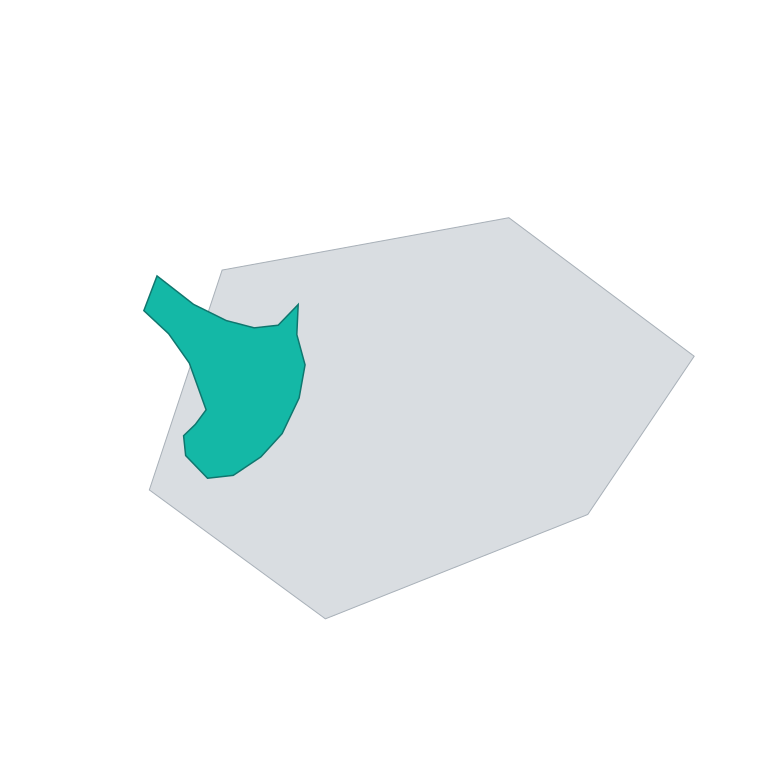 San Marino on a map of San Marino (Mercator projection), rotated 46°
{"feature_id": "SMR-4884", "entity_name": "San Marino", "entity_type": "state/province", "adm_level": 1, "iso_a3": "SMR", "parent_name": "San Marino", "parent_adm1": "", "projection": "mercator", "projection_center": [12.418, 43.922], "detail": "fine", "context": "in_parent", "style": "filled", "palette": "teal", "viewbox_px": 768, "rotation_deg": 46, "n_neighbors": 0, "source": "natural_earth", "source_scale": "10m", "svg_char_len": 568}
<svg xmlns="http://www.w3.org/2000/svg" viewBox="0 0 768 768"><g transform="rotate(46 384 384)"><path d="M512.2,589.3L297.2,626.4L189.6,421.3L351.1,178.7L579.5,141.6L619.4,328.0L512.2,589.3Z" fill="#d9dde1" stroke="#a8b0b8" stroke-width="1"/><path d="M164.4,505.8L148.6,472.2L194.4,465.7L228.8,453.4L253.4,438.4L268.2,419.3L267.2,390.5L287.9,412.4L315.4,427.5L335.1,454.8L348.9,491.7L350.9,523.1L345.0,555.9L329.2,576.4L297.7,576.4L282.0,564.1L282.0,547.7L279.0,529.9L233.7,509.5L198.3,504.0L164.4,505.8Z" fill="#14b8a6" stroke="#0f766e" stroke-width="1.5"/></g></svg>